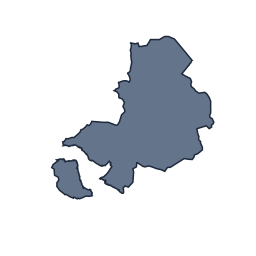 the district of Stordal nor, Møre og Romsdal, Norway, rotated 321°
{"feature_id": "86288312B96680032749803", "entity_name": "Stordal nor", "entity_type": "district", "adm_level": 2, "iso_a3": "NOR", "parent_name": "Norway", "parent_adm1": "Møre og Romsdal", "projection": "mercator", "projection_center": [7.073, 62.402], "detail": "fine", "context": "isolated", "style": "filled", "palette": "slate", "viewbox_px": 256, "rotation_deg": 321, "n_neighbors": 0, "source": "geoboundaries", "source_scale": "gbopen_adm2", "svg_char_len": 5747}
<svg xmlns="http://www.w3.org/2000/svg" viewBox="0 0 256 256"><g transform="rotate(321 128 128)"><path d="M220.4,115.7L220.1,88.1L217.0,82.3L214.0,79.9L208.0,79.0L201.1,73.4L197.6,74.8L194.6,75.7L191.0,73.6L190.1,73.3L187.9,71.6L189.2,68.2L186.7,67.2L183.2,63.1L183.4,63.8L183.3,64.9L182.8,65.7L181.1,67.4L179.7,68.4L179.1,68.7L178.7,69.1L177.4,72.1L176.2,72.9L175.5,74.1L175.0,74.6L174.6,75.5L173.9,76.2L173.7,76.6L173.4,77.3L172.3,79.2L169.1,82.0L168.1,82.6L166.4,84.4L165.7,85.0L165.2,85.2L163.8,85.4L162.6,85.1L162.1,85.4L162.0,85.8L161.9,87.5L161.5,88.5L161.4,89.2L161.1,89.8L161.0,90.3L160.3,91.5L159.3,92.4L157.7,93.0L157.5,92.9L157.4,92.6L157.4,91.9L156.5,90.4L154.8,88.9L153.5,88.2L151.3,87.4L150.4,87.2L149.8,86.7L149.4,86.6L149.2,86.7L149.0,86.9L149.0,87.4L148.0,89.2L147.0,90.4L146.4,90.8L145.9,90.9L145.2,90.8L143.1,90.1L142.2,90.4L140.7,90.2L142.1,93.0L142.2,95.9L140.1,98.4L140.1,98.8L140.1,99.1L140.4,99.6L141.8,101.8L141.6,103.6L141.3,105.9L137.6,108.1L137.1,110.9L136.6,112.2L135.6,113.4L131.3,113.7L125.1,117.9L122.8,118.7L121.1,118.9L120.5,118.4L116.2,111.1L112.3,108.0L104.1,100.1L101.5,101.3L99.3,101.6L98.3,99.8L95.7,100.4L92.0,100.5L90.4,99.7L88.2,101.0L84.9,101.3L79.9,101.4L78.6,100.1L74.9,98.8L73.1,97.2L71.9,97.8L69.8,98.3L69.7,98.1L68.5,97.7L67.0,100.8L66.5,100.9L67.4,101.5L67.8,101.3L67.9,101.7L68.7,101.9L68.8,102.3L69.2,102.9L69.3,103.3L69.7,103.4L70.0,103.9L70.4,104.3L70.4,104.9L70.8,104.9L70.8,105.3L71.2,105.4L71.8,105.7L73.6,106.2L73.6,106.6L74.6,106.8L74.7,107.2L75.3,107.2L75.7,107.8L76.3,108.0L76.6,108.3L77.0,109.3L77.1,110.9L77.3,111.1L77.4,111.7L78.0,111.7L77.9,112.1L77.9,112.9L78.4,113.1L78.5,113.5L78.9,113.4L79.0,113.8L79.0,114.4L78.9,114.9L79.3,114.8L79.3,115.0L78.9,115.1L78.7,115.7L78.3,115.7L78.2,116.1L78.3,116.5L78.5,117.1L78.9,117.7L78.9,118.7L79.1,118.9L79.1,119.3L79.0,119.7L79.0,119.9L79.2,121.3L79.5,122.1L79.1,122.1L79.2,122.3L79.3,122.7L79.1,124.9L78.9,125.1L78.6,126.1L78.0,126.9L78.0,128.7L78.5,129.7L78.7,129.9L78.8,130.3L79.4,130.3L79.4,130.7L79.8,130.7L79.9,131.1L80.3,131.7L80.3,132.1L80.5,132.7L80.6,133.7L80.8,133.9L80.8,134.3L81.0,135.1L81.9,137.5L82.5,138.9L82.5,139.3L82.8,139.9L83.4,140.5L83.5,140.9L84.1,140.8L84.1,141.2L84.5,141.2L84.5,141.6L85.1,141.7L86.1,142.3L86.7,142.4L86.7,142.8L89.3,142.6L92.5,142.0L92.5,142.8L92.5,143.8L92.6,144.0L92.2,144.0L92.0,145.0L91.6,145.0L91.8,145.6L90.9,146.0L91.0,146.4L91.0,147.4L91.1,147.8L89.5,148.4L89.1,148.4L88.9,148.6L88.3,148.6L86.2,149.5L85.6,149.5L85.4,149.7L82.0,150.4L78.0,150.6L77.0,150.0L75.8,149.6L74.8,149.7L74.5,149.5L74.1,149.6L74.3,150.0L74.5,150.2L74.6,150.6L75.6,150.7L75.5,150.9L75.5,151.1L75.7,151.3L75.7,151.7L75.9,151.9L75.9,152.5L76.2,152.9L76.6,154.3L76.6,154.5L76.4,154.9L76.1,155.3L77.1,155.0L77.5,154.7L77.4,155.3L77.3,155.5L76.0,156.1L76.0,156.7L75.6,156.7L75.7,158.1L76.2,158.6L76.8,158.7L76.8,159.1L76.6,159.3L76.6,159.5L77.0,159.9L77.1,160.5L77.7,160.6L78.0,160.9L78.0,161.3L78.2,161.5L78.2,161.9L78.7,162.1L78.7,162.3L78.7,162.7L78.9,162.9L78.9,163.7L79.3,164.6L79.3,165.0L80.0,165.6L80.0,166.2L80.2,166.4L80.6,167.2L80.8,168.0L81.2,168.4L81.3,169.0L81.5,169.8L81.8,170.2L81.4,170.2L81.5,170.4L81.5,170.8L81.4,172.2L81.6,172.4L81.6,172.8L82.0,173.8L82.0,174.2L82.3,175.0L83.3,175.7L84.1,175.3L85.2,173.8L86.5,171.6L89.2,171.2L91.1,174.2L97.7,173.2L104.7,165.7L106.2,162.8L110.1,163.5L112.9,160.6L113.3,160.6L115.2,166.3L115.2,166.8L115.8,167.7L116.6,168.8L117.1,169.1L120.1,170.4L121.9,172.9L124.6,177.5L127.7,181.5L129.2,184.8L130.6,184.5L133.8,183.5L136.2,185.2L152.3,187.1L155.8,190.8L158.1,192.9L160.7,192.3L162.8,190.7L166.0,191.9L172.1,191.8L173.7,189.7L175.0,185.1L175.9,184.2L175.6,181.5L175.8,181.1L177.7,179.3L178.8,176.0L181.1,171.9L190.3,175.6L190.7,179.6L193.6,179.9L194.5,178.3L196.6,178.4L198.3,177.5L199.3,173.9L198.4,171.2L199.8,169.2L201.0,168.8L202.0,168.0L204.6,164.8L205.9,163.0L206.6,162.3L209.1,159.2L209.9,156.6L210.3,155.4L210.4,154.5L210.7,151.0L210.1,148.6L204.9,145.4L203.8,141.1L204.0,140.2L204.0,139.4L203.7,137.3L203.3,136.0L203.4,135.6L203.6,134.8L204.4,133.7L205.0,133.0L206.5,132.1L207.5,129.1L207.5,128.4L206.3,126.0L206.1,125.4L205.0,123.1L204.7,122.0L203.9,119.8L214.2,117.6L215.3,117.5L216.5,116.9L217.7,116.9L220.2,115.6L220.4,115.7ZM57.7,158.1L57.9,156.7L58.2,156.4L58.5,156.5L58.9,156.4L59.0,156.0L59.4,155.6L59.5,154.4L59.5,154.5L59.5,153.2L60.1,152.8L59.9,152.0L59.3,151.8L59.3,151.4L58.7,151.3L57.9,150.8L57.3,149.1L57.3,148.7L57.1,148.5L56.9,147.9L56.7,147.7L56.4,146.7L55.4,146.7L55.6,146.3L55.9,145.3L56.3,145.3L56.4,143.5L56.6,142.5L57.0,142.4L57.1,141.8L57.7,140.2L57.8,140.0L58.1,139.4L57.7,139.4L57.9,138.0L58.3,138.0L58.4,137.4L58.5,137.0L59.3,136.2L59.6,135.3L60.0,135.3L60.1,134.7L60.3,134.5L60.8,133.1L61.0,132.5L61.1,131.9L61.5,131.9L61.9,130.2L62.5,129.6L62.7,129.2L62.9,128.4L62.9,128.0L63.0,127.6L63.4,127.6L63.1,127.0L63.7,127.0L63.7,126.6L64.3,126.6L64.4,126.2L64.5,126.1L65.1,125.9L65.1,125.5L65.6,125.3L66.0,124.5L66.3,123.3L66.2,122.7L66.8,122.7L67.2,121.0L67.2,120.6L66.8,120.1L66.7,119.7L66.3,119.7L66.3,119.3L65.3,119.3L65.3,118.7L64.9,118.7L64.9,118.3L63.2,117.9L62.8,117.5L62.0,117.2L61.8,116.6L61.4,116.6L61.4,116.2L60.4,115.9L59.3,115.2L57.9,114.9L57.7,113.9L58.6,113.5L58.5,112.3L58.6,112.1L58.0,111.9L58.2,111.5L57.6,111.5L57.6,111.1L56.8,110.9L56.6,109.9L55.2,109.4L55.0,108.9L54.4,108.9L52.4,107.8L52.5,108.3L53.2,109.5L52.9,109.6L51.1,109.3L48.7,109.3L47.7,109.2L46.5,109.4L43.8,110.8L44.7,113.4L41.2,118.5L42.8,122.5L41.4,124.9L38.4,125.7L35.9,128.7L35.8,131.2L35.6,132.8L36.0,135.1L36.9,138.8L37.0,140.2L38.2,140.6L39.4,144.4L41.4,148.2L42.5,147.7L43.9,151.1L45.0,151.1L45.6,152.3L46.4,152.8L47.0,152.8L48.5,153.5L52.0,154.3L53.8,155.6L55.0,156.9L57.7,158.1Z" fill="#64748b" stroke="#1e293b" stroke-width="1.5"/></g></svg>